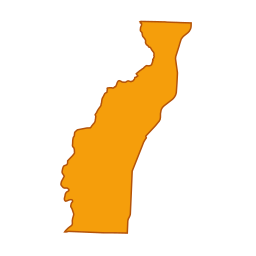 Stonnington, Victoria, Australia (Natural Earth projection), rotated 263°
{"feature_id": "25037944B5658593283329", "entity_name": "Stonnington", "entity_type": "district", "adm_level": 2, "iso_a3": "AUS", "parent_name": "Australia", "parent_adm1": "Victoria", "projection": "natural_earth1", "projection_center": [145.04, -37.861], "detail": "fine", "context": "isolated", "style": "filled", "palette": "amber", "viewbox_px": 256, "rotation_deg": 263, "n_neighbors": 0, "source": "geoboundaries", "source_scale": "gbopen_adm2", "svg_char_len": 5765}
<svg xmlns="http://www.w3.org/2000/svg" viewBox="0 0 256 256"><g transform="rotate(263 128 128)"><path d="M102.8,64.1L102.7,64.1L100.8,63.8L100.1,63.6L99.6,63.3L99.2,62.9L98.8,62.3L98.7,61.7L98.4,60.5L98.2,59.8L97.3,59.0L95.9,58.3L95.4,58.1L93.6,57.5L92.9,57.3L92.4,57.2L91.9,57.2L91.3,57.3L90.8,57.5L88.8,58.5L88.3,58.7L87.9,58.8L87.6,58.7L87.0,58.2L85.8,57.4L84.7,56.6L82.9,55.4L82.4,55.2L81.5,54.9L80.9,54.7L80.4,54.6L80.1,54.6L79.7,54.7L79.2,54.8L78.6,55.2L76.8,56.4L76.5,56.9L76.2,57.4L76.1,58.0L75.9,59.7L75.8,60.2L75.5,60.7L74.6,61.5L74.3,61.8L74.0,61.8L73.6,61.8L73.2,61.6L72.9,61.3L72.7,61.0L72.0,59.4L71.7,59.0L71.3,58.6L70.4,57.9L69.9,57.7L69.4,57.5L68.7,57.3L67.7,57.0L66.8,56.6L66.2,56.4L65.6,56.2L65.1,56.2L64.5,56.2L64.1,56.3L63.6,56.6L63.3,56.8L63.0,57.1L63.0,57.6L63.1,58.4L63.7,60.6L63.8,61.4L63.9,62.2L63.8,62.8L63.7,63.3L63.5,63.7L63.2,63.9L62.7,64.1L62.1,64.1L61.5,63.9L60.9,63.2L60.6,62.9L59.8,62.4L58.6,62.0L57.7,61.7L57.0,61.6L56.4,61.8L55.6,62.2L54.8,62.5L54.2,62.7L51.8,63.2L50.7,63.4L49.9,63.6L49.4,63.6L48.9,63.6L48.2,63.4L47.2,63.0L44.9,62.0L42.8,61.4L40.5,61.2L39.7,61.1L39.2,60.9L38.8,60.7L38.3,60.3L37.7,59.4L37.5,59.1L37.2,58.5L36.8,57.8L35.8,56.2L33.9,53.8L33.5,53.3L32.6,52.5L32.4,53.6L32.4,54.2L32.4,54.5L32.4,54.9L32.6,55.4L32.6,55.8L32.6,56.2L32.6,56.7L31.3,64.7L29.9,73.2L27.0,90.8L26.2,97.1L25.5,102.7L23.8,114.5L35.9,116.5L36.4,116.7L37.2,117.0L37.8,117.3L38.4,117.7L39.7,118.6L40.6,119.1L41.4,119.5L41.9,119.7L42.8,119.9L58.3,122.5L84.7,126.9L108.7,140.0L111.9,141.7L113.5,142.9L114.7,143.8L115.7,144.8L115.9,144.9L116.0,144.9L116.2,145.0L116.4,144.9L116.9,144.7L117.2,144.6L117.5,144.7L117.8,144.8L118.1,145.0L125.4,153.7L127.1,155.7L129.7,158.4L130.9,159.7L132.6,160.9L134.7,161.5L138.4,162.0L141.9,163.1L142.7,163.6L143.7,164.3L144.1,164.7L144.8,165.4L145.2,166.0L145.5,166.3L147.0,168.8L151.1,175.7L151.5,176.2L152.0,176.8L152.4,177.2L153.2,178.0L154.0,178.6L155.0,179.3L155.9,179.7L156.6,180.0L157.4,180.3L158.0,180.4L166.8,182.1L176.0,183.7L176.9,183.8L177.8,183.8L189.8,183.6L190.7,183.6L191.6,183.7L192.3,183.9L193.2,184.1L193.8,184.4L203.2,188.7L205.4,189.6L209.5,191.5L209.8,191.7L210.8,192.6L211.6,193.4L212.3,194.2L215.4,199.2L216.7,200.7L219.0,202.3L219.6,202.5L220.3,202.8L221.7,203.1L224.6,203.5L225.9,194.9L226.2,193.0L226.9,188.9L227.0,188.1L228.3,179.8L228.9,177.2L229.4,173.2L229.8,170.7L231.5,158.8L231.6,158.1L232.2,153.8L232.1,153.2L232.0,153.3L232.0,153.2L231.4,153.0L230.8,153.1L230.8,153.3L230.6,153.4L230.5,153.8L230.4,153.9L230.3,154.1L230.2,154.1L229.7,154.2L228.4,153.9L227.7,153.7L226.8,153.0L226.3,152.8L226.1,152.7L224.7,152.4L224.4,152.3L223.6,152.2L223.2,152.2L222.7,152.3L221.8,153.0L220.8,153.5L218.2,153.6L217.0,153.9L216.8,154.0L216.5,154.3L216.3,154.4L215.8,154.8L214.9,155.2L214.2,155.7L213.7,155.8L213.3,156.0L212.8,156.1L212.2,156.1L211.8,156.0L210.9,155.8L210.4,155.8L209.5,156.1L208.6,156.4L208.3,156.6L207.8,157.3L207.3,157.8L207.0,158.0L206.5,158.2L206.1,158.3L205.5,159.0L205.5,159.5L205.3,159.9L203.7,160.7L203.0,160.9L202.6,161.1L202.0,161.5L201.2,161.9L200.8,162.2L200.5,162.4L199.6,162.7L199.2,162.9L198.4,162.9L198.0,162.8L197.1,162.6L196.7,162.5L196.0,162.7L195.6,162.7L194.9,162.3L194.6,162.1L194.1,161.9L193.7,161.7L193.5,161.4L193.3,161.1L193.0,160.9L192.0,160.9L191.8,161.0L191.7,160.8L191.5,160.6L191.1,160.5L190.9,160.5L190.7,160.5L189.9,160.2L189.7,159.9L189.3,159.7L188.5,159.4L188.1,159.2L187.8,158.9L187.4,158.1L187.2,157.4L187.2,156.9L187.1,156.6L187.2,155.9L187.3,155.3L187.6,154.4L187.6,153.8L187.3,153.2L186.5,151.9L186.3,151.6L186.1,151.3L185.4,150.7L185.3,150.4L185.1,149.9L185.0,149.7L184.9,149.4L184.5,148.8L184.3,148.4L184.0,147.9L183.4,146.8L183.3,146.5L183.1,146.2L182.4,145.2L182.3,144.9L182.1,144.7L181.8,144.2L181.7,144.0L181.4,143.7L181.3,143.4L181.1,143.3L180.8,142.8L178.5,144.1L177.8,142.9L177.4,142.3L177.4,142.1L177.5,141.6L177.5,141.4L177.3,141.0L177.2,140.9L176.2,140.6L175.8,140.4L175.5,140.2L175.3,140.0L175.1,139.7L174.9,139.4L174.5,139.1L173.9,138.2L173.9,137.4L173.6,136.6L174.7,134.1L174.7,133.4L174.6,133.0L174.5,132.8L173.9,131.5L173.8,131.3L173.7,130.7L174.0,129.6L174.1,128.5L174.3,127.9L175.0,127.0L175.1,126.9L175.2,126.5L175.4,126.4L175.6,126.1L176.0,125.2L176.0,124.6L175.8,124.1L175.7,123.9L174.6,123.0L173.7,122.5L172.3,121.9L172.1,121.7L171.6,121.4L171.4,121.3L171.2,121.1L170.8,120.9L170.5,120.7L170.5,119.9L170.1,119.3L169.9,119.0L169.7,118.9L169.5,118.4L169.5,118.1L169.5,117.7L169.9,116.9L170.0,116.0L170.2,114.9L170.2,114.3L170.2,114.0L170.2,113.1L170.2,112.5L170.1,112.3L169.7,112.1L169.1,112.1L168.8,112.2L168.5,112.2L167.6,111.8L166.2,111.5L166.0,111.3L165.7,110.8L165.6,110.3L165.5,110.1L165.4,109.8L165.0,109.2L164.6,109.0L164.5,108.8L164.3,108.7L163.3,108.0L162.9,107.8L162.6,107.6L162.3,107.3L161.8,107.0L161.5,106.8L160.8,106.2L160.5,106.2L160.0,105.8L158.7,105.4L157.8,105.2L156.7,104.9L156.1,104.8L155.6,104.5L154.8,104.2L154.0,104.0L153.6,103.9L152.1,102.6L151.6,102.1L151.3,101.8L149.8,100.5L148.6,99.6L147.7,99.0L147.2,98.8L146.6,98.2L145.6,97.3L145.2,97.0L144.8,97.1L144.5,97.2L143.8,97.4L143.1,97.4L142.6,97.2L141.1,96.9L140.0,96.5L138.8,96.3L138.2,95.9L137.6,95.5L136.6,94.6L136.3,94.3L136.1,93.9L135.2,93.1L135.0,92.8L134.0,91.9L133.8,91.8L132.8,90.7L132.8,90.2L132.8,89.1L132.9,88.7L133.0,87.3L133.0,86.7L132.4,78.1L132.3,77.5L131.8,76.7L130.5,74.9L130.2,74.7L129.8,74.5L129.7,74.4L129.1,74.3L127.5,73.9L127.0,73.8L126.6,73.7L126.3,73.5L125.5,72.7L124.7,72.3L123.0,71.8L122.3,71.6L121.6,71.5L119.1,71.1L118.7,71.0L118.3,70.9L117.2,70.7L116.6,70.8L116.3,70.9L116.0,71.0L115.3,71.6L115.0,71.7L114.6,71.9L114.0,72.0L112.8,72.1L110.2,71.9L109.4,71.7L109.2,71.5L108.6,70.9L107.8,70.1L107.2,69.5L104.2,65.8L103.6,65.1L103.1,64.5L102.8,64.1Z" fill="#f59e0b" stroke="#b45309" stroke-width="1.5"/></g></svg>